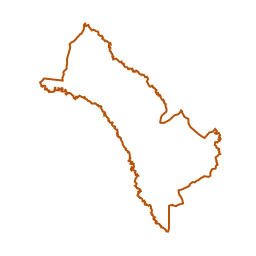 the district of Nova Alvorada do Sul, Mato Grosso do Sul, Brazil, rotated 192°
{"feature_id": "56859067B14433978209607", "entity_name": "Nova Alvorada do Sul", "entity_type": "district", "adm_level": 2, "iso_a3": "BRA", "parent_name": "Brazil", "parent_adm1": "Mato Grosso do Sul", "projection": "robinson", "projection_center": [-54.18, -21.459], "detail": "fine", "context": "isolated", "style": "outline", "palette": "amber", "viewbox_px": 256, "rotation_deg": 192, "n_neighbors": 0, "source": "geoboundaries", "source_scale": "gbopen_adm2", "svg_char_len": 5864}
<svg xmlns="http://www.w3.org/2000/svg" viewBox="0 0 256 256"><g transform="rotate(192 128 128)"><path d="M191.5,221.2L192.0,220.8L192.6,219.3L191.9,218.3L191.8,214.6L193.4,210.2L194.5,209.5L195.7,207.0L196.7,206.0L197.2,204.4L199.1,201.5L201.1,200.0L202.6,197.8L201.2,194.6L202.0,182.5L200.9,178.5L201.0,176.9L200.4,173.0L202.4,170.3L202.8,169.1L201.9,167.0L202.6,163.4L201.8,160.8L220.4,159.0L221.9,156.0L223.4,154.6L223.1,153.7L221.4,151.6L221.4,150.8L220.1,150.6L220.0,151.3L219.5,151.7L218.3,152.1L217.6,151.9L217.2,148.5L215.5,149.5L214.8,148.1L213.1,148.4L212.5,147.8L213.1,147.4L212.9,146.8L208.2,148.0L207.5,149.8L206.9,149.6L204.4,150.5L203.5,150.3L203.1,150.9L203.8,151.0L204.3,151.5L204.3,152.5L202.8,152.1L201.4,152.5L201.2,153.2L200.4,153.2L200.0,152.3L201.0,151.3L200.6,150.0L197.9,150.5L197.4,150.8L197.5,151.7L197.2,152.3L196.6,151.9L196.7,151.2L195.7,150.4L195.3,149.0L195.1,149.7L194.4,149.9L193.2,149.6L192.8,150.2L191.4,149.7L190.9,149.8L189.9,148.9L188.1,148.1L187.7,146.7L186.7,145.7L185.8,145.4L186.0,146.1L185.3,147.8L184.5,147.8L183.9,146.9L183.4,147.5L183.3,148.4L182.5,148.8L182.2,149.5L178.8,148.5L177.2,149.2L177.2,148.3L176.0,148.4L175.6,147.5L173.9,147.3L172.7,146.2L171.4,146.3L169.3,145.2L168.9,144.5L166.7,144.6L165.7,145.4L164.7,145.2L163.2,144.1L162.2,144.4L161.9,143.6L161.3,143.0L160.5,143.0L159.9,143.7L159.0,143.7L158.6,143.2L158.3,141.5L156.6,140.0L156.5,139.2L155.9,138.7L154.3,138.7L153.6,138.1L154.3,136.7L153.9,135.7L153.6,136.6L152.9,136.5L151.2,134.3L149.4,133.6L149.0,133.2L149.0,131.6L148.7,131.0L148.0,131.3L147.2,129.9L145.7,129.4L144.7,130.2L144.1,130.0L144.5,128.3L143.9,127.2L142.0,126.4L141.3,126.9L140.7,126.3L141.1,125.1L140.6,124.6L139.0,123.9L138.3,124.1L137.8,122.7L137.3,122.2L137.2,121.4L137.7,120.9L137.7,120.0L136.7,119.8L136.3,119.1L136.8,118.2L135.3,117.1L134.5,117.5L133.4,117.0L132.8,116.4L133.1,115.8L130.2,112.5L129.9,111.0L128.0,108.9L125.7,107.3L126.0,106.7L125.5,106.0L122.9,105.1L123.2,104.6L123.0,104.1L121.9,104.3L121.5,104.0L120.5,101.5L120.1,99.3L119.3,99.1L119.8,97.4L120.6,96.0L119.9,95.7L119.2,96.1L117.1,95.7L118.2,94.1L118.2,93.5L117.4,93.3L115.4,94.4L114.8,94.1L114.9,93.0L114.1,91.4L114.3,89.9L114.9,89.6L115.0,90.3L116.3,90.5L116.7,88.2L115.8,87.2L114.9,88.7L113.3,87.6L112.0,87.6L111.6,87.2L111.5,86.5L112.0,85.8L111.6,84.9L110.9,84.5L110.6,83.5L110.0,83.4L110.0,84.2L109.5,84.7L108.1,83.5L109.1,83.1L109.3,81.4L110.2,80.1L110.0,78.8L110.3,77.1L107.9,75.3L108.4,73.4L109.0,72.9L108.3,72.7L107.0,71.1L106.3,71.5L105.5,70.7L104.1,70.8L102.7,69.6L102.3,68.8L103.0,68.2L103.8,68.7L104.8,67.6L103.8,66.7L104.6,65.4L104.7,64.0L103.6,63.6L103.3,63.0L102.6,63.0L101.8,62.0L100.5,62.3L99.1,61.1L98.6,59.5L98.0,59.2L96.9,60.2L95.8,58.9L95.5,58.2L96.0,57.6L95.4,56.8L94.9,57.4L94.2,57.3L93.9,56.5L92.2,56.7L91.5,56.3L90.7,57.2L90.1,57.1L89.2,55.8L89.0,54.0L88.3,53.8L87.5,52.4L87.4,51.0L87.8,50.2L87.1,49.9L86.7,49.2L87.1,48.4L86.7,48.0L85.9,48.2L84.6,46.4L83.1,46.2L84.3,44.5L83.9,43.9L82.5,43.7L82.1,43.1L80.7,42.7L81.5,41.3L80.9,40.6L80.2,40.4L79.7,41.0L77.1,40.5L76.1,39.1L75.3,39.1L74.8,37.7L73.1,37.9L72.7,37.4L70.2,36.6L68.9,34.8L67.3,35.0L67.0,37.8L71.7,60.5L68.4,62.1L67.9,61.7L64.7,61.5L63.1,63.2L58.4,65.7L59.9,68.9L61.8,71.5L64.3,73.8L65.6,77.6L63.3,78.6L55.9,84.0L55.9,85.4L55.6,86.2L54.0,88.1L53.4,88.6L51.8,88.5L51.2,88.8L50.3,90.1L48.2,91.8L45.8,94.7L44.2,95.6L43.6,96.6L39.0,97.0L38.3,97.5L37.6,98.5L37.5,99.3L38.1,100.7L38.1,101.8L37.2,105.2L34.3,106.3L33.8,107.0L34.1,108.9L33.6,110.3L33.0,110.4L32.8,111.0L33.7,112.0L33.9,113.0L34.5,113.2L34.8,113.9L34.6,114.6L36.1,116.8L36.2,117.6L35.1,118.5L33.2,121.6L32.6,121.8L33.8,122.8L33.5,123.5L33.8,124.2L35.0,125.0L34.4,126.3L34.9,126.7L37.1,127.0L37.6,127.5L38.0,128.7L39.5,129.3L39.7,130.0L39.6,132.5L37.7,132.4L37.7,133.0L35.8,134.3L35.7,134.9L36.9,135.7L35.2,136.5L36.1,137.8L37.0,138.0L37.1,138.8L36.6,139.1L36.4,140.0L38.1,141.9L40.0,140.8L41.1,140.6L41.6,140.8L41.7,141.4L40.3,142.8L40.6,143.7L42.6,145.2L44.1,142.1L47.5,140.5L51.0,134.2L51.9,134.3L57.4,136.5L66.9,141.8L69.6,144.7L70.9,149.5L73.4,150.0L75.2,150.8L78.4,154.5L78.7,155.6L79.7,156.2L80.4,153.9L81.7,151.9L85.2,150.1L88.9,144.7L90.2,143.5L93.8,140.5L97.1,139.8L97.7,140.1L97.9,144.8L97.6,146.7L96.9,148.1L93.9,151.8L93.9,152.9L94.4,154.8L96.0,157.4L96.0,159.2L97.3,159.6L97.5,160.2L98.0,160.4L98.3,161.8L99.2,162.9L99.8,162.3L101.1,163.2L102.7,165.2L103.1,166.5L103.6,166.9L104.2,166.8L104.7,166.0L105.3,166.5L105.0,167.4L106.1,168.5L107.0,168.2L107.2,167.6L108.5,169.2L107.9,170.3L108.1,171.1L109.1,171.2L109.4,172.0L110.5,172.3L111.1,172.9L111.9,172.8L112.5,173.3L112.5,174.1L113.2,174.4L114.9,173.0L116.6,174.1L118.1,176.3L119.2,177.2L118.6,180.2L120.0,182.0L120.8,181.5L122.2,181.5L122.8,182.8L123.6,183.1L125.3,183.3L125.5,182.7L126.9,182.9L128.6,183.7L129.3,184.8L130.7,185.0L130.8,185.6L131.7,185.9L132.4,185.7L133.0,184.3L134.8,184.3L134.9,185.3L135.7,185.5L135.6,186.2L135.8,186.8L136.3,187.0L136.7,186.6L138.1,186.6L139.6,185.6L140.2,185.7L140.3,186.4L141.4,187.2L143.4,187.0L145.0,188.3L145.5,189.0L145.2,189.7L145.9,190.0L146.0,189.4L146.6,189.6L147.9,190.7L148.2,191.6L149.2,190.8L149.9,190.8L153.8,193.3L155.5,192.8L156.7,192.0L157.3,193.4L157.2,194.2L157.7,194.0L158.2,194.4L157.9,195.6L158.9,196.7L159.0,197.4L159.9,197.8L160.5,199.1L161.9,199.6L162.3,201.5L161.8,202.6L162.2,203.3L163.5,203.1L163.9,205.2L163.2,205.6L163.4,206.4L162.4,206.2L162.9,207.4L163.5,207.6L164.1,207.1L166.6,208.5L168.3,208.1L168.3,208.7L170.3,209.3L171.2,210.1L171.8,210.1L171.3,211.3L172.9,212.8L173.6,212.4L175.0,212.5L176.4,213.3L176.7,215.1L177.4,216.1L179.6,216.0L181.2,216.9L182.0,217.0L183.6,215.9L187.5,219.1L187.7,220.1L188.2,220.6L190.3,219.0L191.2,219.5L191.5,221.2ZM207.9,152.1L207.4,152.3L207.2,151.7L207.8,150.5L207.9,152.1ZM195.3,149.0L196.0,148.5L195.4,148.1L195.0,148.4L195.3,149.0Z" fill="none" stroke="#b45309" stroke-width="2"/></g></svg>